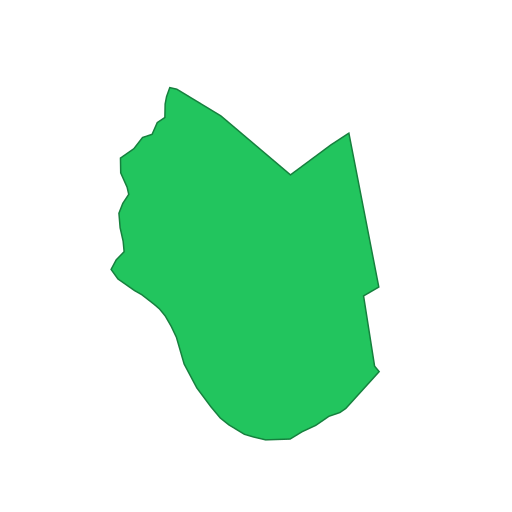 the district of Jardim Olinda, Paraná, Brazil, rotated 215°
{"feature_id": "56859067B25666254969369", "entity_name": "Jardim Olinda", "entity_type": "district", "adm_level": 2, "iso_a3": "BRA", "parent_name": "Brazil", "parent_adm1": "Paraná", "projection": "mercator", "projection_center": [-52.066, -22.579], "detail": "fine", "context": "isolated", "style": "filled", "palette": "green", "viewbox_px": 512, "rotation_deg": 215, "n_neighbors": 0, "source": "geoboundaries", "source_scale": "gbopen_adm2", "svg_char_len": 779}
<svg xmlns="http://www.w3.org/2000/svg" viewBox="0 0 512 512"><g transform="rotate(215 256 256)"><path d="M123.1,125.6L117.4,138.6L109.9,151.6L104.3,166.6L97.5,175.9L95.0,182.7L88.8,231.9L95.7,233.8L145.0,285.0L137.6,301.0L250.4,409.9L258.3,390.2L274.3,342.2L365.0,350.6L416.6,347.2L423.2,344.5L420.7,335.3L417.6,328.4L410.1,317.2L413.4,308.7L410.9,296.1L416.9,288.0L417.6,273.8L423.2,258.5L414.5,246.5L401.0,238.4L395.6,233.5L395.3,222.7L392.8,212.4L383.5,201.2L373.3,191.9L366.5,183.9L368.3,172.7L367.0,161.9L355.9,158.0L335.7,158.0L327.4,158.8L311.9,158.0L304.7,157.3L295.9,154.8L285.0,149.7L274.6,143.8L252.9,126.3L228.8,114.0L206.4,106.6L192.3,102.8L181.3,102.1L163.2,103.3L154.3,106.3L142.7,110.9L123.1,125.6Z" fill="#22c55e" stroke="#15803d" stroke-width="1.5"/></g></svg>